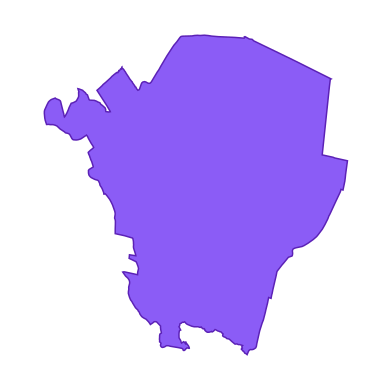 outline of Campia Turzii, Cluj, Romania, rotated 184°
{"feature_id": "2599482B77881741819367", "entity_name": "Campia Turzii", "entity_type": "district", "adm_level": 2, "iso_a3": "ROU", "parent_name": "Romania", "parent_adm1": "Cluj", "projection": "orthographic", "projection_center": [23.883, 46.542], "detail": "fine", "context": "isolated", "style": "filled", "palette": "violet", "viewbox_px": 384, "rotation_deg": 184, "n_neighbors": 0, "source": "geoboundaries", "source_scale": "gbopen_adm2", "svg_char_len": 5901}
<svg xmlns="http://www.w3.org/2000/svg" viewBox="0 0 384 384"><g transform="rotate(184 192 192)"><path d="M341.8,249.2L339.5,249.5L338.4,249.3L335.3,249.5L333.2,249.1L331.3,248.4L327.9,245.6L323.4,243.1L322.4,242.2L319.8,241.8L318.4,241.2L317.5,240.1L315.6,237.0L314.7,236.1L313.8,235.8L311.1,235.8L309.2,236.2L307.3,236.9L306.5,237.3L305.3,238.2L301.2,241.4L300.1,240.1L299.0,238.1L296.1,233.7L293.7,230.5L293.2,229.6L294.1,228.5L296.2,226.6L298.3,224.3L297.9,223.0L296.7,220.8L296.2,219.4L295.8,218.7L295.3,217.3L294.2,215.4L292.3,210.5L292.3,210.2L292.5,209.9L296.1,207.4L296.8,206.4L296.6,203.7L296.2,202.3L295.8,201.4L294.6,200.1L293.5,199.3L290.4,198.0L289.2,197.6L288.6,197.5L286.9,197.1L286.1,196.6L284.7,194.1L284.4,192.8L284.1,192.1L282.7,190.3L281.8,188.9L280.0,185.1L279.9,184.7L279.9,184.1L279.7,183.7L278.3,184.1L276.7,182.5L273.7,179.0L272.3,176.9L270.4,173.6L267.7,167.4L267.2,165.6L267.1,164.3L267.4,160.8L267.3,160.3L266.7,159.0L266.4,157.6L266.2,154.6L266.0,149.5L265.7,145.1L256.3,143.7L248.1,141.9L247.8,141.5L247.2,139.5L246.9,138.0L246.8,136.6L246.6,135.4L246.6,133.3L246.4,132.1L246.1,131.3L244.3,126.8L243.7,125.0L243.6,124.5L250.0,125.0L250.1,121.4L243.0,118.6L242.2,117.4L240.5,113.6L240.0,111.8L240.6,108.2L240.5,105.7L253.5,107.6L254.5,107.6L255.2,107.4L255.5,107.3L252.3,103.4L250.1,101.7L249.1,100.5L248.5,99.6L248.2,98.8L247.9,97.7L247.9,96.2L248.5,92.9L248.5,92.2L248.3,90.7L248.5,88.1L248.4,86.3L247.0,82.6L246.3,81.2L245.6,79.9L244.4,78.6L243.4,77.0L240.3,72.6L237.7,70.4L237.4,69.6L236.3,68.5L235.3,66.4L233.8,64.6L232.9,63.8L230.7,62.6L229.3,62.1L228.5,61.5L226.3,59.5L224.8,57.7L224.3,56.9L222.2,58.5L220.6,60.0L219.0,60.1L218.3,60.0L214.0,56.1L214.0,54.9L213.7,53.0L213.4,51.8L212.9,50.2L212.7,49.2L212.8,49.1L213.8,48.4L214.1,47.9L214.3,46.6L214.2,44.6L214.2,42.9L213.9,41.4L213.9,40.3L212.8,39.5L212.4,38.8L212.7,37.5L212.7,36.6L212.1,35.6L211.2,35.0L210.5,34.9L209.8,35.1L208.5,35.6L206.8,36.9L204.8,37.0L202.9,36.6L194.7,35.8L191.2,35.3L190.4,34.9L190.1,34.5L189.7,33.5L189.1,33.3L188.7,33.4L187.9,34.0L187.3,35.0L186.3,35.8L186.0,36.2L184.0,35.8L183.8,35.9L183.9,36.5L184.1,37.0L184.9,38.4L186.5,40.2L186.7,40.4L187.5,39.9L187.9,40.2L187.9,40.5L187.4,41.4L187.6,41.9L187.9,41.9L188.8,41.2L189.8,42.1L191.9,40.6L192.3,41.2L192.8,42.7L193.3,43.6L194.5,45.2L194.8,46.0L195.1,49.3L195.1,50.7L195.0,51.9L194.9,52.6L194.5,53.1L193.7,53.5L195.6,56.7L195.0,57.7L194.9,59.4L194.7,59.8L193.4,60.5L192.6,61.4L191.3,61.4L190.3,62.0L188.8,60.5L187.6,59.7L182.9,58.1L180.5,57.7L176.6,58.0L174.6,57.5L174.1,57.6L173.6,58.0L173.4,58.0L173.1,57.7L172.9,57.3L172.5,57.1L172.2,56.8L171.7,56.4L171.2,56.2L170.6,56.6L170.2,56.4L169.7,55.9L169.5,54.9L169.2,54.6L167.7,53.5L166.9,53.2L166.1,53.2L164.5,53.5L162.8,54.3L162.3,53.8L161.9,53.9L160.8,54.7L159.4,56.4L158.2,56.0L156.7,55.2L155.5,55.0L154.7,54.6L153.4,54.5L152.5,53.6L151.2,52.7L151.1,52.4L151.4,51.6L151.4,51.0L151.3,50.6L150.9,50.2L150.2,49.8L148.4,49.3L147.0,48.2L145.3,48.0L144.4,47.7L141.5,45.4L138.6,43.3L138.0,43.3L136.6,43.6L135.1,43.0L133.8,43.1L130.8,42.4L131.3,41.6L131.5,41.1L131.4,40.7L130.9,39.8L131.7,39.1L131.8,38.9L131.8,38.6L131.5,38.3L130.7,37.7L130.3,37.0L129.8,36.9L129.4,36.7L128.1,34.9L126.9,34.5L125.7,33.6L124.6,36.8L124.4,37.3L123.7,38.3L122.7,38.9L121.2,38.9L119.6,39.4L118.0,40.6L117.5,41.1L117.0,42.6L116.8,45.1L114.8,58.2L112.9,66.1L111.9,69.3L110.4,77.4L110.2,79.0L108.9,86.4L108.2,92.1L105.7,91.4L105.3,95.0L105.0,96.3L104.5,100.3L102.2,114.6L101.8,117.9L101.6,118.8L97.2,125.4L95.6,127.5L91.3,133.6L87.8,135.1L87.5,135.6L87.3,137.3L87.4,138.4L87.6,139.3L87.7,140.0L87.7,140.8L87.3,141.9L87.0,142.3L85.9,143.0L84.4,143.6L78.4,145.3L76.4,146.4L72.7,149.0L67.7,153.1L64.6,156.2L63.1,158.3L59.4,164.0L57.1,168.8L54.6,174.8L53.7,177.9L53.2,178.8L52.1,181.6L47.8,192.9L44.9,200.3L44.0,202.6L43.6,205.0L41.5,204.5L40.3,213.4L40.1,216.8L40.0,220.3L39.1,234.0L52.0,235.9L53.7,236.5L64.7,238.1L62.3,306.4L61.9,313.8L61.9,314.0L61.1,314.5L99.9,330.6L140.8,347.0L142.7,348.5L145.4,348.6L150.0,350.7L150.6,350.4L150.3,349.7L150.8,349.1L160.1,349.2L176.6,348.8L183.3,348.9L186.7,349.2L190.6,349.3L194.8,348.7L197.5,348.7L200.5,348.3L202.8,347.7L211.0,346.9L212.7,346.7L213.9,346.3L214.8,345.3L217.6,340.8L220.2,337.3L221.6,334.9L226.5,326.1L231.9,315.3L233.6,311.6L235.0,309.3L240.3,298.9L241.2,297.8L241.8,297.5L242.6,297.4L243.7,297.6L245.6,298.5L247.0,298.8L248.7,298.3L249.7,297.3L250.2,296.0L251.6,290.8L252.1,290.2L253.1,289.7L254.6,291.3L255.2,292.5L255.6,292.9L256.3,293.1L256.5,293.9L258.6,296.4L259.3,297.5L259.4,297.8L259.7,297.9L262.2,300.7L263.2,302.2L266.0,305.8L266.8,307.1L267.7,308.1L268.3,309.0L269.5,310.2L269.9,310.2L270.5,310.9L270.5,311.3L270.6,311.8L270.7,311.7L270.8,310.8L271.0,310.5L271.1,310.4L270.8,309.9L270.9,309.7L271.1,309.7L271.4,310.1L271.6,310.0L271.9,309.7L272.1,309.1L272.5,308.7L272.9,308.0L273.5,308.0L273.5,307.7L273.4,307.4L273.8,306.7L274.8,306.2L274.6,305.9L275.9,305.6L276.3,305.0L276.8,304.8L277.3,304.2L278.0,303.7L278.3,303.3L279.8,301.9L281.4,299.9L285.4,295.7L288.3,292.9L288.8,292.1L291.2,289.5L293.9,286.8L283.2,272.5L279.4,267.0L279.1,266.4L280.7,266.0L283.5,266.2L283.8,266.9L283.9,268.5L284.2,268.9L284.3,269.3L284.5,269.8L287.7,272.3L288.6,272.8L289.3,273.3L289.6,274.0L289.9,274.4L290.4,274.7L292.6,275.4L293.4,275.9L295.9,276.6L300.0,276.5L300.8,276.7L301.1,277.0L303.1,281.6L304.3,282.2L305.2,283.5L307.8,285.4L308.1,285.8L311.8,286.9L313.0,287.1L311.8,283.9L312.1,283.3L311.8,280.5L311.8,279.1L312.3,277.8L313.7,274.8L315.2,273.7L317.0,272.7L318.7,272.1L320.5,267.7L321.1,265.5L322.3,262.2L323.7,259.1L324.2,258.3L324.5,258.0L325.1,259.7L325.4,261.1L326.0,262.7L329.4,273.1L329.8,273.8L331.2,274.7L334.0,275.5L335.0,276.2L338.7,274.5L339.5,273.9L340.9,272.5L341.5,271.7L342.7,268.9L344.7,263.5L344.9,262.3L344.8,260.2L344.1,255.8L343.5,253.5L342.7,251.4L342.2,250.3L341.8,249.2Z" fill="#8b5cf6" stroke="#5b21b6" stroke-width="1.5"/></g></svg>